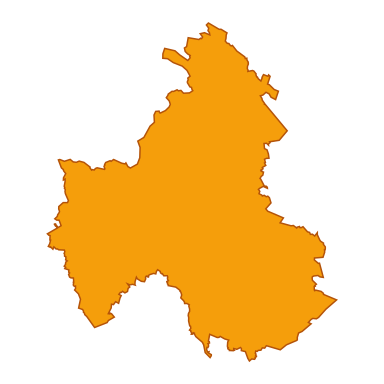 the district of Moate Lea-4, Westmeath, Ireland
{"feature_id": "5873133B47178775343132", "entity_name": "Moate Lea-4", "entity_type": "district", "adm_level": 2, "iso_a3": "IRL", "parent_name": "Ireland", "parent_adm1": "Westmeath", "projection": "mercator", "projection_center": [-7.571, 53.503], "detail": "fine", "context": "isolated", "style": "filled", "palette": "amber", "viewbox_px": 384, "rotation_deg": 0, "n_neighbors": 0, "source": "geoboundaries", "source_scale": "gbopen_adm2", "svg_char_len": 5917}
<svg xmlns="http://www.w3.org/2000/svg" viewBox="0 0 384 384"><path d="M249.4,361.0L251.7,359.0L254.6,359.3L255.3,358.2L255.1,357.3L256.4,356.7L256.5,356.1L255.6,355.4L256.0,354.1L255.3,353.3L255.7,351.1L257.2,351.4L258.2,350.4L260.9,350.2L262.3,347.9L264.7,348.1L266.4,345.7L280.3,349.8L286.5,344.8L296.6,340.5L297.3,339.9L297.3,337.4L298.6,333.0L302.0,331.5L311.1,323.8L308.4,322.5L310.9,319.6L312.8,318.4L316.4,318.8L318.6,317.4L325.9,309.2L336.6,299.9L323.5,294.4L323.4,293.3L321.1,291.4L315.6,290.1L314.8,290.7L314.3,290.0L314.2,286.5L315.2,286.2L314.8,285.5L316.4,284.2L312.4,280.3L312.1,277.9L312.4,276.8L313.7,276.0L318.0,275.5L320.0,276.9L323.3,277.4L319.5,263.2L318.4,263.4L314.4,260.0L314.5,258.0L323.0,257.3L324.7,252.1L324.5,249.7L325.1,249.8L325.3,248.9L325.3,246.9L323.4,244.3L323.5,243.1L320.7,241.3L319.8,240.1L317.3,234.7L317.3,232.7L314.7,236.0L312.4,234.2L310.4,234.4L309.6,232.4L307.5,231.8L303.0,226.7L301.1,227.7L299.9,227.6L299.5,226.5L297.1,227.2L296.7,228.0L293.4,225.5L291.1,225.8L280.1,222.8L283.4,217.9L267.7,211.2L265.8,208.8L271.0,202.9L269.4,197.7L267.8,196.2L266.2,196.7L264.2,195.3L262.3,196.0L261.8,195.1L259.0,193.7L259.8,191.3L258.4,189.4L259.7,188.3L263.2,186.4L267.4,188.3L267.3,187.3L266.4,186.3L264.3,186.0L260.7,179.1L260.0,178.5L261.2,176.4L262.8,175.2L263.5,172.1L262.1,171.6L261.8,170.8L261.2,171.1L260.8,170.2L263.0,168.8L262.3,167.5L265.8,165.4L264.5,163.0L265.4,162.5L264.5,159.3L266.3,158.4L269.0,158.2L268.4,153.9L267.0,149.8L264.5,148.6L264.0,143.5L266.6,143.3L268.5,145.1L268.4,144.0L270.0,142.7L269.5,141.8L279.2,140.3L287.2,130.8L265.5,104.7L264.5,104.2L264.8,103.8L262.3,100.2L261.9,98.3L260.3,95.8L263.0,95.0L266.0,92.3L269.1,93.9L271.0,97.2L275.6,99.6L278.4,91.2L274.2,89.5L269.3,84.7L267.6,84.1L270.1,76.3L268.6,74.9L268.0,76.3L263.5,74.6L262.0,77.4L262.1,78.0L260.9,81.0L258.2,78.7L257.4,77.0L256.7,76.9L255.9,74.7L256.1,73.9L253.9,71.1L252.6,70.5L247.9,71.4L248.1,70.2L247.3,68.7L247.5,66.2L248.4,63.9L248.1,63.0L248.3,62.2L247.0,60.1L246.8,58.2L245.3,58.6L244.8,56.9L236.9,51.1L232.4,45.4L231.3,45.9L230.3,45.4L228.9,43.5L227.2,43.3L225.3,41.1L226.0,38.3L226.2,35.0L227.0,32.9L221.1,29.3L219.1,29.3L208.4,23.0L206.4,25.0L208.7,28.1L208.0,30.7L209.4,32.6L209.8,34.9L204.5,32.7L200.2,33.7L202.6,37.0L201.6,38.6L200.7,38.2L198.9,39.5L188.2,37.7L186.6,46.6L184.4,48.0L185.2,51.5L187.6,53.9L190.2,55.5L189.7,56.2L190.1,57.8L187.8,60.5L179.7,54.9L175.0,50.8L164.7,48.4L162.9,53.8L162.8,58.3L167.6,58.7L173.3,62.6L182.2,66.1L187.0,70.4L190.1,76.2L187.8,78.1L188.2,79.9L187.4,81.4L187.4,82.7L189.9,86.9L191.5,87.4L191.9,89.2L192.8,90.7L189.5,92.9L183.5,93.2L180.9,90.4L178.4,90.8L177.1,89.8L173.7,91.4L172.0,91.3L168.2,94.1L167.9,95.3L166.3,97.7L169.2,100.9L170.3,104.3L169.1,107.0L165.4,110.6L160.4,113.0L159.6,112.7L159.1,111.1L155.7,111.4L154.0,115.0L154.4,122.3L150.1,126.1L143.9,137.4L137.8,141.1L140.1,147.5L139.8,157.7L137.4,164.1L130.4,168.0L127.9,166.6L125.9,162.9L125.1,163.9L121.7,163.2L113.6,159.5L111.1,161.3L110.1,160.7L105.7,162.5L104.6,164.5L104.9,165.0L104.0,166.3L104.9,168.9L104.5,169.4L97.1,167.8L95.4,168.5L94.2,170.0L92.2,169.6L91.6,170.1L89.9,167.8L90.1,167.1L84.0,162.4L79.2,161.1L76.4,162.3L73.2,161.9L70.2,159.4L64.4,161.3L59.8,159.5L58.4,159.9L61.4,167.9L63.3,169.5L63.6,170.8L65.7,173.6L63.5,177.8L63.4,180.0L65.1,179.1L65.1,181.5L64.2,186.3L64.8,187.5L64.4,188.2L65.3,189.6L65.0,191.4L65.4,193.7L68.4,200.6L67.5,202.6L63.2,202.6L58.8,206.5L58.7,209.0L59.5,211.3L59.3,212.3L57.6,214.9L57.3,216.4L54.8,218.8L56.7,220.1L59.1,220.2L61.1,225.7L57.4,227.9L57.3,226.3L56.3,225.7L55.8,224.2L55.1,223.8L54.4,224.2L55.5,226.1L56.4,226.5L57.2,228.1L47.4,233.8L48.8,235.2L50.1,235.6L49.9,240.0L50.6,240.1L49.7,243.7L48.3,246.4L50.3,247.3L50.6,246.9L52.9,249.2L53.9,246.9L56.1,249.0L57.4,248.9L58.7,249.8L64.4,250.1L64.8,251.7L64.1,253.5L64.5,253.9L64.6,256.2L65.8,256.7L65.9,258.9L65.6,259.8L67.2,260.9L66.2,261.5L65.5,263.1L65.6,264.2L64.2,266.2L65.7,267.3L64.8,268.6L68.8,269.9L68.7,272.2L69.6,273.0L68.6,274.4L69.6,277.1L71.0,277.9L73.4,278.0L73.7,281.5L73.3,282.1L73.7,282.4L73.3,284.6L73.5,285.6L74.5,286.3L75.5,286.1L75.5,288.6L74.6,290.0L78.4,293.8L80.5,299.2L78.6,308.1L82.6,309.5L83.5,311.1L83.4,312.2L84.4,313.1L84.8,314.7L86.7,316.4L94.6,327.5L107.1,322.6L108.4,320.5L114.3,317.1L111.6,313.8L110.2,313.1L109.8,313.2L109.7,313.9L108.3,313.7L111.2,307.9L111.5,304.2L113.5,304.6L115.6,301.7L118.6,303.3L120.0,298.1L121.2,295.6L118.9,294.3L120.4,292.4L121.5,292.4L122.5,291.3L124.9,292.9L127.5,291.5L128.1,288.4L129.8,287.0L127.6,283.9L129.9,284.9L132.6,284.3L135.2,285.1L134.9,284.4L135.1,281.5L136.4,277.2L137.4,278.9L141.3,281.3L144.5,281.7L145.7,278.9L145.5,277.2L146.3,276.1L148.2,277.1L148.6,276.8L148.0,276.1L148.4,275.5L150.1,274.5L153.6,273.4L155.8,273.9L156.4,271.5L157.6,269.7L160.2,271.4L160.5,272.8L161.7,273.8L162.3,273.6L163.8,275.8L167.3,275.7L167.8,277.2L167.4,277.9L167.6,279.4L168.4,280.7L166.8,281.5L166.8,282.0L167.6,282.7L167.4,283.8L168.3,284.8L168.2,285.6L175.8,287.1L179.3,289.8L180.2,290.8L180.0,291.2L180.9,292.2L181.7,295.0L180.8,297.9L183.5,300.6L184.4,301.9L184.6,303.5L187.0,303.5L189.3,304.8L188.8,306.0L189.6,309.0L189.6,311.4L188.5,313.4L188.2,315.5L188.7,317.7L188.6,321.0L189.7,325.9L190.5,326.2L190.8,328.3L189.5,330.1L190.8,330.8L190.8,331.8L191.8,332.6L191.3,334.2L192.7,334.1L193.6,332.8L194.4,333.2L194.3,333.8L195.8,336.6L202.4,342.3L203.7,345.0L205.2,352.6L210.1,357.6L211.3,355.7L211.3,354.6L208.6,353.1L209.0,351.7L207.5,352.1L206.6,349.2L206.9,347.4L207.8,347.6L208.5,346.5L208.5,344.5L207.9,343.6L209.5,343.0L209.3,341.7L208.4,341.2L209.7,334.3L217.2,337.5L218.9,337.4L220.2,336.4L224.6,338.9L228.7,340.1L227.7,342.1L227.4,346.1L227.6,347.2L228.2,347.7L227.8,348.2L227.9,348.9L229.5,349.8L229.4,350.5L233.3,350.7L234.3,350.3L233.7,349.8L233.7,348.5L236.8,349.3L240.5,347.5L241.4,348.6L241.3,350.6L245.4,351.6L247.8,358.3L249.4,361.0Z" fill="#f59e0b" stroke="#b45309" stroke-width="1.5"/></svg>